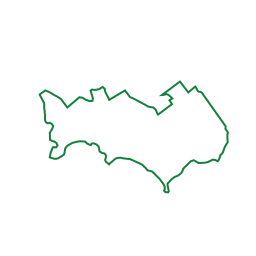 Port Dickson, Negeri Sembilan, Malaysia (orthographic projection), rotated 323°
{"feature_id": "92858781B57188126303379", "entity_name": "Port Dickson", "entity_type": "district", "adm_level": 2, "iso_a3": "MYS", "parent_name": "Malaysia", "parent_adm1": "Negeri Sembilan", "projection": "orthographic", "projection_center": [101.849, 2.559], "detail": "fine", "context": "isolated", "style": "outline", "palette": "green", "viewbox_px": 256, "rotation_deg": 323, "n_neighbors": 0, "source": "geoboundaries", "source_scale": "gbopen_adm2", "svg_char_len": 2289}
<svg xmlns="http://www.w3.org/2000/svg" viewBox="0 0 256 256"><g transform="rotate(323 128 128)"><path d="M197.4,122.2L175.0,122.1L176.4,123.0L179.2,124.1L180.3,126.1L181.2,131.1L177.8,130.8L177.5,135.4L160.1,135.4L160.3,133.4L161.2,130.0L160.6,126.9L159.5,125.8L157.0,123.0L155.8,120.1L153.9,115.9L150.5,108.6L148.2,104.4L148.2,101.0L148.2,96.2L129.9,94.2L130.5,92.0L131.0,88.6L131.6,85.5L133.0,82.7L132.4,79.9L128.2,79.6L124.3,77.6L122.3,75.6L120.6,75.6L117.8,83.2L116.1,84.9L113.6,83.5L111.3,80.1L109.9,76.5L107.7,74.2L91.9,75.1L91.9,69.2L91.9,64.7L91.0,61.8L88.8,57.0L87.1,52.5L84.6,48.3L77.8,48.0L77.7,47.4L75.9,57.9L74.5,59.8L73.0,61.7L71.8,64.0L70.5,66.0L69.2,68.3L67.4,70.3L66.2,72.5L66.0,74.5L66.9,76.1L68.7,76.8L69.6,79.0L69.4,81.5L67.6,82.7L65.3,83.8L62.7,84.7L61.5,86.5L59.7,88.9L58.6,90.7L59.9,93.0L61.1,94.8L61.8,97.0L61.3,99.5L59.1,100.2L57.9,99.5L56.8,98.2L55.2,98.8L53.4,100.0L51.4,101.1L49.6,102.9L47.8,104.4L48.9,105.8L50.7,108.3L51.4,108.8L52.5,109.6L54.1,110.1L56.8,110.5L60.9,110.7L62.2,109.8L63.5,108.5L65.3,106.7L67.8,105.8L70.1,105.8L73.0,106.2L74.8,106.5L78.4,108.0L81.5,109.6L85.5,112.9L86.0,115.7L86.9,117.7L88.0,119.2L88.5,119.0L89.4,118.6L90.9,119.2L91.9,120.4L93.0,122.4L93.4,124.6L92.7,126.9L91.2,129.6L92.3,132.5L93.7,133.9L94.1,135.6L93.6,137.0L92.3,138.5L90.5,139.7L90.0,141.5L90.5,143.3L91.0,145.7L92.7,145.3L95.2,145.3L97.0,145.1L98.8,144.9L100.2,145.1L102.2,146.0L104.0,147.1L105.1,148.5L107.3,150.7L110.9,154.0L116.3,163.9L117.4,166.2L117.7,168.7L118.1,171.1L118.1,173.6L119.7,175.4L121.1,177.4L121.5,180.1L122.0,183.5L122.6,187.3L122.6,190.7L122.6,194.0L122.0,197.0L120.6,198.9L119.0,199.9L119.3,201.7L121.3,203.5L122.6,203.0L123.5,201.0L125.3,197.2L126.2,196.3L128.5,195.8L130.7,195.4L132.3,195.1L135.8,195.2L139.2,196.1L143.3,196.1L145.5,195.2L147.5,193.8L150.0,193.4L152.9,193.1L155.0,192.7L158.5,192.4L161.2,193.4L162.3,196.1L163.3,198.5L168.4,201.9L171.1,203.2L176.9,204.4L178.5,206.2L179.7,208.6L181.7,207.9L183.7,206.6L185.3,205.3L187.9,205.0L189.7,204.3L191.3,203.0L194.0,201.4L196.5,200.3L199.0,199.4L200.3,197.4L201.9,195.1L203.2,193.3L205.0,191.8L205.3,190.0L205.3,187.3L207.0,185.5L208.2,144.2L207.5,142.6L206.1,141.2L206.1,139.2L206.6,137.2L206.6,135.4L197.6,135.9L197.4,122.2Z" fill="none" stroke="#15803d" stroke-width="2"/></g></svg>